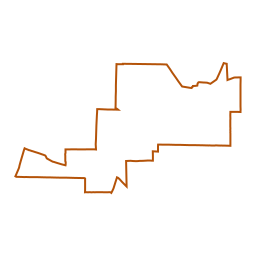 the district of Cioroiasi, Dolj, Romania
{"feature_id": "2599482B92829335126895", "entity_name": "Cioroiasi", "entity_type": "district", "adm_level": 2, "iso_a3": "ROU", "parent_name": "Romania", "parent_adm1": "Dolj", "projection": "mercator", "projection_center": [23.45, 44.084], "detail": "fine", "context": "isolated", "style": "outline", "palette": "amber", "viewbox_px": 256, "rotation_deg": 0, "n_neighbors": 0, "source": "geoboundaries", "source_scale": "gbopen_adm2", "svg_char_len": 3781}
<svg xmlns="http://www.w3.org/2000/svg" viewBox="0 0 256 256"><path d="M85.0,192.3L85.9,192.2L88.3,192.3L89.1,192.2L89.9,192.2L91.0,192.3L91.9,192.3L93.3,192.2L95.0,192.3L95.9,192.2L97.1,192.2L99.2,192.2L100.5,192.2L101.5,192.2L106.3,192.3L109.4,192.2L110.1,192.2L110.4,192.3L110.5,192.3L110.8,192.5L111.3,192.9L112.1,191.4L113.0,189.5L113.2,189.1L113.6,188.1L114.5,185.2L115.5,182.0L116.9,177.7L117.0,177.5L117.0,177.4L117.4,177.5L118.0,177.8L118.4,178.1L119.7,179.3L120.5,180.2L122.3,182.2L124.1,184.0L125.8,185.7L126.6,186.5L126.1,161.0L130.5,160.8L131.7,160.9L132.7,161.0L134.8,161.1L135.8,161.1L137.4,161.1L138.7,161.0L139.5,160.9L140.7,160.9L143.4,160.8L145.1,160.7L145.8,160.7L146.4,160.6L147.0,160.6L147.5,160.5L148.6,160.5L149.7,160.5L151.0,160.6L152.0,160.7L152.9,160.7L152.9,155.4L152.8,151.3L158.0,151.6L158.0,151.1L158.0,149.8L158.0,147.7L158.0,146.1L158.1,144.6L159.1,144.6L160.9,144.6L162.8,144.7L166.2,144.7L169.7,144.7L176.9,144.9L181.2,144.9L188.3,145.1L192.8,145.1L203.3,145.3L204.4,145.3L205.0,145.3L205.6,145.4L206.2,145.4L206.9,145.4L207.1,145.4L207.4,145.4L207.6,145.4L208.4,145.5L208.9,145.4L209.3,145.4L211.2,145.5L213.9,145.5L214.6,145.5L214.9,145.5L215.0,145.5L215.4,145.4L215.8,145.4L216.6,145.4L218.3,145.5L219.2,145.5L220.2,145.6L220.8,145.5L222.8,145.6L224.6,145.6L227.7,145.7L230.4,145.8L230.4,145.4L230.4,144.8L230.4,144.6L230.4,144.3L230.4,144.0L230.4,143.4L230.4,142.4L230.4,141.8L230.4,141.4L230.4,141.2L230.4,140.1L230.4,139.5L230.4,139.1L230.4,137.3L230.4,135.6L230.4,133.2L230.3,132.5L230.4,131.4L230.3,130.0L230.4,128.4L230.3,126.8L230.3,126.1L230.3,124.1L230.3,121.3L230.3,119.9L230.4,119.0L230.3,115.3L230.4,111.9L230.8,111.9L238.2,111.9L240.5,112.0L240.5,111.6L240.6,109.5L240.5,106.3L240.5,94.7L240.5,91.8L240.5,84.7L240.6,79.8L240.6,77.4L239.1,77.4L235.1,77.5L234.4,77.5L234.0,77.6L230.1,79.1L228.2,79.7L227.5,80.0L226.7,63.8L225.6,63.6L224.9,63.4L223.7,63.1L220.6,70.5L219.2,73.7L216.9,78.7L216.4,79.6L213.7,81.5L210.8,83.5L210.4,83.8L207.1,82.7L205.6,82.6L203.3,82.5L199.6,82.2L198.5,82.3L197.6,83.5L197.3,85.6L195.2,85.9L192.9,86.0L192.5,87.0L192.0,87.1L191.6,88.0L189.9,87.8L185.1,87.0L182.1,86.5L178.2,81.1L176.0,77.9L172.3,72.7L170.3,69.6L168.0,66.3L166.7,64.5L161.2,64.3L131.7,63.9L122.9,63.8L122.9,64.2L118.1,64.2L116.5,64.1L115.9,85.1L115.9,89.0L115.9,91.3L115.8,93.7L115.7,96.8L115.7,98.1L115.7,99.6L115.6,105.4L115.5,107.9L117.5,109.2L118.1,109.7L115.5,109.6L107.2,109.5L100.6,109.2L98.5,109.1L97.9,109.1L97.2,109.1L97.1,112.2L96.9,115.2L96.4,125.5L96.1,135.2L96.0,138.9L95.7,144.3L96.0,149.5L94.9,149.4L93.8,149.3L82.1,149.4L79.6,149.4L77.9,149.4L75.5,149.3L71.3,149.3L70.0,149.4L68.4,149.4L66.3,149.4L65.5,149.4L65.5,150.2L65.5,150.5L65.5,151.2L65.5,151.6L65.5,152.1L65.5,152.5L65.5,152.8L65.5,153.0L65.4,153.2L65.3,153.5L65.2,154.2L65.2,154.4L65.3,156.1L65.3,158.9L65.3,160.5L65.3,161.0L65.4,161.6L65.6,161.8L65.7,162.5L65.6,164.8L65.5,165.3L65.1,165.2L61.6,164.3L56.6,162.8L53.8,161.9L52.8,161.7L52.7,161.6L52.4,161.5L51.8,161.2L51.1,160.8L50.0,160.2L49.1,159.7L48.6,159.4L48.3,159.3L48.1,159.1L47.6,158.9L47.4,158.7L46.9,158.5L46.8,158.4L46.4,157.6L45.8,156.3L45.4,155.7L45.2,155.5L44.9,155.4L43.7,154.9L41.6,154.2L39.7,153.5L38.5,153.1L37.6,152.8L35.3,152.1L32.3,151.1L32.0,151.1L31.8,151.0L30.3,150.5L29.4,150.2L29.0,150.2L28.6,150.0L28.4,149.9L26.7,149.2L25.8,148.9L24.6,148.3L24.0,150.0L20.7,161.2L19.7,164.8L19.3,166.4L19.2,167.2L18.7,168.6L15.5,176.1L15.4,176.3L16.3,176.8L19.7,176.9L22.9,177.0L24.2,177.1L25.9,177.0L28.7,177.1L34.1,177.1L36.2,177.1L39.4,177.2L43.0,177.3L47.2,177.4L50.0,177.4L53.2,177.5L57.2,177.6L62.6,177.7L65.1,177.7L67.2,177.7L74.1,177.9L84.2,178.1L84.5,178.1L84.9,178.3L85.1,178.5L85.1,179.1L85.1,181.0L85.1,184.4L85.1,189.6L85.0,192.3Z" fill="none" stroke="#b45309" stroke-width="2"/></svg>